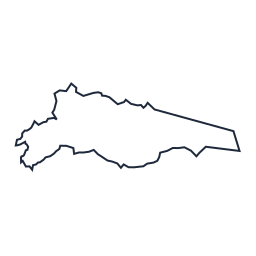 Selladi tou Appi, Nicosia, Cyprus, rotated 271°
{"feature_id": "46923920B45268143409663", "entity_name": "Selladi tou Appi", "entity_type": "district", "adm_level": 2, "iso_a3": "CYP", "parent_name": "Cyprus", "parent_adm1": "Nicosia", "projection": "albers", "projection_center": [32.619, 35.151], "detail": "fine", "context": "isolated", "style": "outline", "palette": "slate", "viewbox_px": 256, "rotation_deg": 271, "n_neighbors": 0, "source": "geoboundaries", "source_scale": "gbopen_adm2", "svg_char_len": 1365}
<svg xmlns="http://www.w3.org/2000/svg" viewBox="0 0 256 256"><g transform="rotate(271 128 128)"><path d="M100.9,196.9L104.2,199.6L110.6,206.1L107.0,239.9L126.7,233.5L147.0,154.2L153.5,147.2L150.4,145.2L148.5,143.1L151.2,140.6L150.8,137.0L152.2,130.6L156.2,125.3L153.9,123.6L151.6,117.3L158.4,108.9L159.7,105.0L159.9,101.5L162.3,100.7L163.2,97.6L162.5,92.9L159.3,82.8L163.2,75.4L167.3,75.6L171.4,70.5L163.8,65.6L164.4,59.0L161.1,53.9L153.7,56.0L145.0,53.9L142.1,52.1L135.3,56.6L136.8,53.9L135.8,47.8L132.9,46.3L132.3,43.2L129.6,38.5L133.1,34.4L130.8,33.4L126.7,31.3L125.0,29.3L123.6,27.0L123.6,24.8L120.7,22.3L117.6,22.3L115.2,20.5L114.3,17.2L108.6,16.1L108.8,17.8L109.6,20.4L112.4,25.4L110.5,25.8L109.9,26.9L107.5,28.5L104.4,27.8L104.0,26.3L99.1,24.5L97.9,23.2L97.8,22.0L96.8,21.5L91.8,21.7L93.3,23.3L87.7,26.6L87.9,30.2L84.6,32.9L89.2,33.7L89.9,36.6L91.9,38.6L92.2,40.6L95.0,44.3L97.2,46.1L98.5,50.8L101.2,54.5L103.6,56.6L105.8,59.7L109.1,60.6L109.1,66.7L107.0,73.7L101.2,74.6L102.7,79.5L102.7,83.7L103.6,89.5L105.5,94.1L101.2,98.4L99.4,101.4L97.6,104.2L95.1,108.1L94.2,112.7L92.4,117.9L88.1,121.6L91.5,124.3L88.8,129.2L88.8,134.7L89.4,139.3L90.0,144.1L92.7,147.8L93.3,151.1L93.9,154.2L95.7,157.9L99.4,159.7L103.9,160.6L105.8,167.6L108.8,173.1L108.8,178.6L109.7,184.7L106.4,191.4L100.9,196.9L100.9,196.9Z" fill="none" stroke="#1e293b" stroke-width="2"/></g></svg>